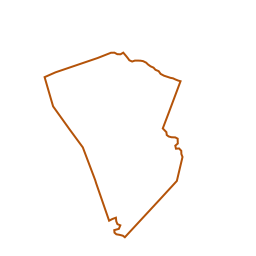 the district of Salgado, Sergipe, Brazil, rotated 326°
{"feature_id": "56859067B23037122436580", "entity_name": "Salgado", "entity_type": "district", "adm_level": 2, "iso_a3": "BRA", "parent_name": "Brazil", "parent_adm1": "Sergipe", "projection": "orthographic", "projection_center": [-37.463, -11.064], "detail": "fine", "context": "isolated", "style": "outline", "palette": "amber", "viewbox_px": 256, "rotation_deg": 326, "n_neighbors": 0, "source": "geoboundaries", "source_scale": "gbopen_adm2", "svg_char_len": 935}
<svg xmlns="http://www.w3.org/2000/svg" viewBox="0 0 256 256"><g transform="rotate(326 128 128)"><path d="M64.3,216.8L103.5,207.6L114.6,205.0L138.9,199.2L157.0,182.5L157.7,179.4L159.4,176.7L158.9,173.5L156.2,172.0L157.3,169.1L160.6,168.7L163.2,164.6L161.9,162.2L158.9,160.0L157.0,157.8L156.2,155.5L157.5,152.9L156.6,147.8L169.1,139.0L197.7,118.6L196.1,116.7L194.4,114.2L193.1,112.0L191.2,110.1L189.2,107.5L187.1,104.8L185.3,101.4L185.2,98.0L183.3,95.1L182.9,92.2L181.2,89.5L180.1,86.5L179.6,84.0L177.9,81.0L175.9,79.1L173.8,77.6L171.5,76.0L168.6,75.2L167.0,72.6L166.9,69.9L166.7,67.4L166.2,62.9L163.0,62.7L160.4,60.8L158.9,58.0L156.0,56.1L142.0,53.0L99.0,41.3L87.3,39.2L80.0,61.9L78.0,68.2L78.8,96.7L79.7,118.8L71.7,152.7L70.7,156.0L60.5,194.3L64.2,194.7L67.8,195.6L66.1,198.8L65.5,201.8L67.2,204.4L64.0,206.5L59.5,205.0L58.3,207.2L58.9,209.6L61.3,211.9L63.5,214.4L64.3,216.8Z" fill="none" stroke="#b45309" stroke-width="2"/></g></svg>